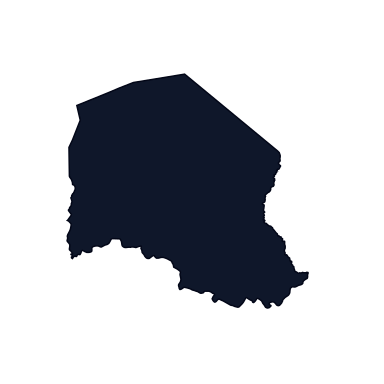 Quimistan, Santa Bárbara, Honduras, rotated 22°
{"feature_id": "27666195B58138028057911", "entity_name": "Quimistan", "entity_type": "district", "adm_level": 2, "iso_a3": "HND", "parent_name": "Honduras", "parent_adm1": "Santa Bárbara", "projection": "robinson", "projection_center": [-88.275, 15.416], "detail": "fine", "context": "isolated", "style": "filled", "palette": "ink", "viewbox_px": 384, "rotation_deg": 22, "n_neighbors": 0, "source": "geoboundaries", "source_scale": "gbopen_adm2", "svg_char_len": 6104}
<svg xmlns="http://www.w3.org/2000/svg" viewBox="0 0 384 384"><g transform="rotate(22 192 192)"><path d="M141.0,85.5L96.7,112.4L86.0,122.5L77.3,131.2L52.8,154.9L61.5,167.3L61.7,188.6L61.2,196.7L72.4,223.3L73.2,224.1L74.9,225.1L76.1,226.2L77.0,227.3L77.4,227.7L78.5,229.8L79.6,229.8L80.1,229.9L81.4,230.7L81.9,231.4L82.3,232.2L82.6,233.0L82.7,233.8L82.6,235.6L82.8,236.1L82.5,237.0L82.5,237.8L82.0,238.5L82.1,239.5L81.8,239.9L81.8,240.4L82.2,241.0L82.2,241.5L81.9,242.5L82.0,242.9L83.5,244.6L84.3,245.8L84.5,247.1L84.4,247.7L85.1,249.8L84.4,252.4L84.8,253.5L84.4,254.1L84.2,255.0L84.5,255.5L88.4,257.9L88.6,258.2L88.7,258.9L87.3,264.7L87.1,265.1L88.1,265.1L88.8,265.3L91.5,266.6L92.1,267.3L92.5,268.5L93.2,272.0L93.2,274.1L92.8,278.0L92.9,279.6L94.0,281.3L94.4,283.9L94.9,284.5L97.6,285.9L98.5,286.8L99.1,288.4L99.6,290.6L100.0,291.4L100.8,291.8L102.0,292.2L102.9,292.8L104.2,293.4L104.4,293.9L104.3,294.2L103.3,294.7L103.1,295.1L103.3,295.3L104.9,295.7L105.3,296.1L105.3,296.6L104.8,297.1L104.6,297.5L104.7,297.8L105.0,298.2L105.5,298.4L106.1,298.5L106.4,296.8L106.9,295.9L107.8,295.1L108.4,295.3L109.1,295.0L109.2,294.5L109.2,293.3L109.4,292.8L110.1,292.4L111.1,292.2L111.6,291.9L111.8,290.8L111.7,288.1L112.0,287.4L112.4,287.1L112.9,287.1L115.1,287.4L117.1,287.4L119.1,286.6L120.5,285.6L121.1,284.9L121.2,284.3L121.0,283.6L120.2,281.8L120.1,281.1L120.3,280.3L120.9,279.6L122.2,278.5L124.1,277.5L125.6,277.1L127.6,277.2L128.1,277.1L128.6,276.9L131.1,273.9L133.1,272.3L133.8,271.3L134.2,270.5L134.3,269.8L134.6,267.6L134.6,266.3L135.1,265.5L135.7,265.0L140.9,263.1L142.3,262.5L143.2,262.7L144.5,263.7L145.3,264.6L146.9,267.3L147.6,268.1L148.7,268.5L149.9,268.7L151.4,268.3L154.1,266.8L155.9,266.2L156.5,265.6L156.9,265.4L158.9,264.8L160.8,264.5L163.2,262.3L164.5,261.5L165.1,261.3L165.3,261.5L165.6,261.9L165.8,263.4L167.3,264.8L168.5,266.8L171.1,268.1L172.0,269.0L173.2,269.7L174.1,270.1L175.1,270.3L176.2,270.1L177.3,269.5L179.2,266.3L179.8,265.6L180.6,265.2L181.0,265.2L181.6,265.7L182.6,266.3L183.8,266.6L184.4,266.4L185.4,266.0L186.6,265.2L187.7,264.3L189.8,263.4L191.9,263.2L194.1,263.2L198.7,263.7L199.3,264.1L200.2,265.1L201.8,266.3L203.2,268.5L207.4,269.0L210.3,269.8L210.8,270.1L211.2,270.4L211.5,271.2L211.7,272.6L212.0,273.3L214.2,276.6L214.7,277.7L214.9,280.0L214.3,282.7L214.4,283.2L214.7,284.0L215.6,285.1L216.4,286.3L216.9,286.7L217.3,286.9L217.7,286.7L218.2,286.3L218.8,285.6L220.0,283.7L220.6,283.2L223.4,282.7L226.7,282.4L228.9,282.7L231.3,282.4L232.9,282.4L234.6,282.2L237.0,282.6L237.9,282.6L238.8,282.2L240.1,281.3L240.4,280.7L240.6,279.7L241.0,279.2L244.6,277.7L245.6,277.6L247.1,277.6L249.0,278.1L250.6,278.1L251.1,278.4L251.5,279.0L251.1,279.9L250.8,281.0L250.7,283.5L252.2,284.8L253.2,285.3L254.0,285.6L254.5,285.5L255.0,285.0L255.4,284.4L255.8,283.1L256.3,281.9L256.7,281.5L257.5,281.1L260.0,281.3L261.6,281.3L269.9,282.4L270.6,282.4L272.3,282.0L274.3,282.1L277.4,281.7L278.2,281.3L278.7,280.8L280.3,277.0L280.7,275.7L281.0,274.4L281.5,270.1L281.6,269.8L282.0,269.6L282.4,269.5L284.7,270.0L286.8,270.3L288.0,270.2L288.8,270.6L289.5,271.4L290.3,271.5L290.8,271.0L291.4,269.6L291.6,269.0L291.9,267.1L292.1,266.4L292.5,266.1L293.4,266.0L295.3,266.3L297.1,266.8L297.8,267.2L299.3,268.6L301.4,269.8L303.1,271.1L303.5,271.3L305.0,271.4L305.8,271.1L306.9,270.3L307.8,268.5L307.8,268.0L307.7,267.7L307.3,267.6L305.9,267.4L305.5,267.0L305.3,266.5L305.4,266.0L305.6,265.4L306.2,264.8L307.1,264.1L308.2,263.5L309.1,263.4L310.8,263.9L312.9,265.1L313.8,265.2L314.7,265.0L315.6,264.3L316.4,262.2L316.7,261.1L316.7,259.2L316.8,259.0L316.5,258.3L316.7,257.6L317.8,254.9L319.7,252.1L320.1,251.3L320.3,250.3L320.4,248.9L319.5,245.8L319.3,244.2L320.2,242.6L320.8,242.2L322.6,241.7L323.6,241.1L325.2,239.3L325.6,238.7L327.7,237.2L328.6,236.1L328.8,235.6L328.9,235.0L328.5,233.9L328.7,232.6L329.7,230.8L331.1,229.0L331.2,228.7L331.0,227.4L330.2,225.6L330.0,223.5L329.5,223.2L329.2,223.4L328.6,223.4L328.4,223.6L328.7,224.2L327.8,224.2L326.0,225.0L324.7,225.1L323.5,226.3L322.1,226.6L321.9,226.8L321.6,227.3L321.1,227.5L319.8,227.3L318.9,227.0L318.3,227.2L317.9,227.0L316.9,226.9L316.4,226.0L315.4,224.9L314.3,223.1L313.3,223.0L312.7,222.1L311.6,221.8L311.2,221.6L311.0,221.0L310.7,219.5L310.3,219.0L309.9,219.0L309.8,219.5L309.5,219.6L308.4,218.5L307.2,216.7L305.5,216.3L303.6,214.9L303.0,214.8L302.1,215.4L301.4,215.1L301.2,214.7L301.3,213.7L299.9,212.4L299.6,211.7L299.4,210.8L299.4,209.0L299.0,208.3L298.7,207.3L297.4,205.7L296.6,203.5L296.3,203.1L295.6,203.1L295.1,203.4L294.7,203.9L294.3,203.9L293.7,203.2L293.7,202.0L293.6,201.6L293.4,201.4L293.1,201.3L292.4,201.4L292.0,201.3L291.5,200.4L291.3,200.3L290.0,200.7L289.7,200.6L289.1,200.1L287.9,200.4L286.8,198.9L285.1,198.3L282.4,196.7L280.7,195.9L279.9,194.9L279.0,194.8L277.8,194.2L276.6,194.5L276.0,194.5L273.5,193.8L272.9,193.3L271.5,193.5L270.7,193.4L269.8,192.9L269.7,192.6L270.2,191.9L270.3,191.3L269.6,190.8L269.0,191.0L268.6,191.0L268.8,190.6L268.3,190.1L268.6,189.2L268.5,188.7L268.3,188.5L267.9,188.7L267.7,188.6L267.4,187.9L267.8,186.8L267.8,186.5L267.2,185.9L266.4,185.3L266.2,185.1L266.2,184.5L266.8,183.8L266.9,183.4L265.6,182.7L265.0,181.9L264.8,180.6L264.2,178.3L263.8,177.2L263.3,176.9L262.2,177.0L261.8,176.8L261.6,176.5L261.8,175.6L262.9,174.3L263.1,173.9L263.1,173.4L262.9,172.7L262.8,171.8L262.1,170.9L262.1,170.3L261.7,169.2L261.8,168.4L261.1,168.1L261.0,167.8L261.0,167.4L262.6,164.1L263.4,163.3L264.0,161.9L264.1,161.2L264.0,160.2L263.4,158.6L263.4,158.3L264.1,157.2L265.2,156.3L265.4,155.4L265.4,154.7L264.3,152.9L264.3,151.4L263.6,150.7L263.7,150.4L264.2,150.1L264.3,149.9L263.8,149.6L263.5,148.7L262.6,148.6L261.9,148.1L261.9,147.8L262.5,146.6L262.3,146.1L261.7,145.8L261.5,145.5L261.6,145.2L262.5,144.7L262.8,144.2L262.8,143.8L262.5,142.8L263.0,142.4L263.1,142.0L262.5,141.2L262.4,140.8L263.2,140.4L262.6,139.8L262.6,139.5L262.8,139.0L263.9,138.3L264.1,137.9L264.2,136.3L264.4,135.0L264.1,134.4L263.1,134.2L262.2,133.8L261.9,133.3L261.3,132.9L261.2,132.3L262.0,130.7L261.9,129.8L260.9,128.0L260.6,126.4L260.0,125.0L258.1,122.8L256.0,121.9L141.0,85.5Z" fill="#0f172a" stroke="#020617" stroke-width="1.5"/></g></svg>